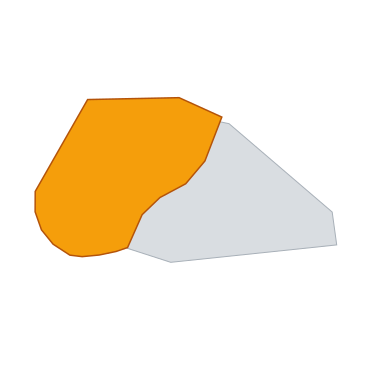 where Saint Anthony sits in Montserrat, rotated 103°
{"feature_id": "MSR-5087", "entity_name": "Saint Anthony", "entity_type": "Parish", "adm_level": 1, "iso_a3": "MSR", "parent_name": "Montserrat", "parent_adm1": "", "projection": "robinson", "projection_center": [-62.171, 16.712], "detail": "fine", "context": "in_parent", "style": "filled", "palette": "amber", "viewbox_px": 384, "rotation_deg": 103, "n_neighbors": 0, "source": "natural_earth", "source_scale": "10m", "svg_char_len": 519}
<svg xmlns="http://www.w3.org/2000/svg" viewBox="0 0 384 384"><g transform="rotate(103 192 192)"><path d="M265.3,196.9L253.8,331.6L119.9,289.8L117.1,171.3L180.0,50.9L211.0,39.1L265.3,196.9Z" fill="#d9dde1" stroke="#a8b0b8" stroke-width="1"/><path d="M260.6,242.3L267.0,252.5L274.3,268.3L279.7,284.5L281.0,296.8L274.1,315.6L262.7,330.2L246.6,340.4L226.7,344.9L125.4,314.5L103.0,225.8L112.3,179.8L158.9,186.4L185.4,200.0L204.6,222.0L225.3,235.5L260.6,242.3Z" fill="#f59e0b" stroke="#b45309" stroke-width="1.5"/></g></svg>